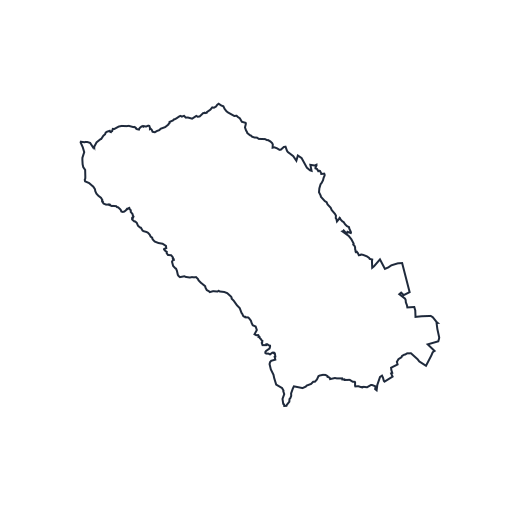 the district of Ighiu, Alba, Romania, rotated 14°
{"feature_id": "2599482B12358370683897", "entity_name": "Ighiu", "entity_type": "district", "adm_level": 2, "iso_a3": "ROU", "parent_name": "Romania", "parent_adm1": "Alba", "projection": "orthographic", "projection_center": [23.47, 46.158], "detail": "fine", "context": "isolated", "style": "outline", "palette": "slate", "viewbox_px": 512, "rotation_deg": 14, "n_neighbors": 0, "source": "geoboundaries", "source_scale": "gbopen_adm2", "svg_char_len": 6112}
<svg xmlns="http://www.w3.org/2000/svg" viewBox="0 0 512 512"><g transform="rotate(14 256 256)"><path d="M319.7,394.7L321.8,394.0L321.9,393.0L323.6,389.3L323.1,386.7L323.7,385.6L324.0,383.2L323.3,380.8L323.8,375.7L324.3,373.3L333.1,372.9L335.9,370.7L336.5,369.5L340.4,366.8L341.9,364.2L343.6,363.7L345.0,361.1L345.7,357.4L346.7,356.6L349.7,355.1L352.2,354.6L354.4,355.2L354.7,356.0L355.9,356.0L357.3,356.6L357.7,357.5L362.1,355.3L364.0,355.2L369.2,353.9L369.6,354.9L371.6,354.3L371.9,354.9L376.9,353.5L380.2,354.6L382.3,354.2L382.7,354.6L383.5,357.9L383.9,358.5L386.8,357.6L389.5,357.8L391.1,357.3L391.2,357.6L392.1,356.9L395.5,356.5L398.8,353.3L400.0,353.1L403.6,353.6L403.8,356.3L405.5,357.1L404.9,351.7L405.6,343.4L407.2,341.6L408.6,343.3L410.3,346.3L411.1,346.8L417.7,340.0L415.5,337.2L416.5,336.5L414.9,333.9L414.1,331.7L419.6,327.0L418.3,324.6L419.2,321.6L421.6,319.1L421.9,317.6L423.8,315.8L424.6,315.5L426.2,313.9L429.9,312.9L437.8,317.1L439.9,318.8L447.5,321.4L450.2,310.1L450.7,306.9L451.3,305.8L452.2,304.9L444.0,300.2L453.5,294.7L453.6,292.2L453.5,290.8L449.6,282.9L447.4,277.3L448.4,277.0L447.4,276.5L442.3,272.6L440.0,271.9L431.3,274.4L425.5,276.5L423.7,270.3L421.9,267.2L415.3,269.3L414.4,267.3L412.6,264.7L411.8,262.4L410.9,261.3L404.3,258.4L405.7,256.4L408.8,258.2L413.8,253.9L399.5,227.5L395.4,228.8L389.6,232.3L387.1,235.1L384.2,237.3L377.1,229.3L373.0,237.4L371.6,239.3L369.8,233.1L369.6,231.3L367.0,231.3L366.3,230.5L363.6,229.5L359.5,229.0L357.6,229.1L357.2,229.7L355.6,230.4L354.3,228.7L352.8,227.5L352.1,228.2L351.9,228.1L351.3,227.1L351.1,226.2L350.6,225.6L350.0,223.5L349.0,222.2L347.6,221.4L347.7,220.3L344.5,216.7L341.1,214.1L333.9,211.2L334.6,210.7L334.9,210.0L337.2,211.5L339.1,211.2L339.1,210.4L342.4,210.8L342.5,210.4L342.2,209.7L339.8,206.7L339.3,205.5L337.0,205.0L334.8,203.7L332.7,201.8L331.6,201.6L329.2,200.1L328.3,198.9L327.9,198.7L327.5,200.2L326.2,202.9L325.1,200.7L324.2,199.9L323.8,197.5L322.4,196.0L318.3,193.1L316.8,191.1L312.9,188.6L311.5,186.7L309.5,186.1L304.6,182.8L304.2,181.8L301.7,178.9L301.1,175.0L301.3,170.7L302.0,169.2L302.7,166.3L302.7,163.7L303.1,161.3L302.9,160.5L302.3,159.6L299.5,160.6L299.2,159.9L297.5,158.0L296.5,158.0L295.9,158.6L294.1,156.8L292.5,156.6L292.3,155.9L292.8,153.5L292.6,152.8L291.1,154.0L286.7,154.4L289.3,159.9L287.7,159.8L284.0,158.0L276.5,149.9L272.3,148.4L272.1,153.8L268.0,150.1L261.7,147.4L260.6,146.4L258.2,142.8L256.6,143.5L254.4,146.8L253.1,147.3L250.2,146.4L247.5,146.1L245.9,146.9L245.3,143.7L244.4,142.6L242.0,141.2L241.3,141.3L240.1,140.6L238.7,140.9L236.4,140.4L230.4,141.7L228.2,140.9L226.0,141.4L223.3,141.2L222.1,140.4L221.0,140.3L217.8,138.8L216.9,137.4L216.1,136.8L214.2,133.9L214.2,130.6L214.0,129.6L213.6,129.3L209.8,129.2L207.0,126.3L204.7,125.5L203.2,124.6L201.1,125.4L194.1,123.5L192.3,122.7L189.9,120.8L188.1,118.6L186.0,118.4L182.9,117.3L181.8,118.7L181.0,120.7L179.3,122.3L177.6,122.4L176.3,125.1L173.5,128.3L173.6,128.8L172.6,129.5L171.5,129.4L171.3,129.8L170.2,130.1L167.6,134.2L165.8,135.0L164.2,134.5L160.8,138.2L156.5,138.1L154.3,138.7L152.3,137.4L150.3,138.7L149.0,138.3L148.0,138.9L145.4,141.8L143.8,143.2L143.3,143.3L142.6,144.6L139.7,146.8L140.0,147.7L139.3,148.7L139.3,149.5L136.7,152.9L132.7,155.6L131.7,157.3L129.7,158.6L127.9,160.4L125.6,160.5L124.3,158.8L123.0,158.0L122.4,158.5L122.1,157.3L121.0,155.6L119.9,155.6L118.0,157.0L116.1,157.1L115.7,157.6L115.3,157.2L114.9,157.2L114.7,157.7L113.7,157.9L112.4,159.6L111.8,161.0L111.9,161.6L111.5,161.7L109.7,161.7L108.6,161.3L108.6,160.9L107.7,160.4L106.6,160.2L105.9,160.6L101.1,160.5L99.0,161.3L94.2,162.3L91.5,163.6L87.7,167.1L86.3,167.3L86.2,169.6L85.2,170.5L85.2,170.9L84.6,170.9L83.8,169.9L81.3,171.5L80.3,172.6L80.1,174.4L78.8,176.2L77.5,179.9L76.9,180.2L73.8,184.3L72.6,189.1L72.7,189.5L72.3,189.1L71.6,189.5L71.6,190.0L67.7,186.4L64.9,186.2L62.9,186.6L62.2,187.1L58.4,187.5L58.4,188.3L61.6,192.4L64.2,196.8L63.8,202.7L64.3,204.8L65.6,209.0L66.9,211.6L69.4,213.8L71.3,220.7L71.6,222.3L71.4,223.5L72.1,224.9L76.4,225.6L81.5,228.2L83.6,230.2L84.4,232.0L86.1,234.1L88.5,235.7L91.5,237.0L93.3,238.8L93.1,239.0L93.5,240.3L94.2,240.5L94.1,240.8L95.4,242.0L98.0,242.4L100.2,241.9L101.1,242.0L101.0,241.5L101.7,241.4L102.7,242.2L104.1,242.4L105.0,242.0L108.3,241.5L109.3,242.2L110.4,242.1L112.6,243.3L113.6,244.0L114.6,245.4L116.0,245.5L117.4,244.8L118.6,243.3L119.4,241.5L120.0,241.6L120.4,240.7L121.4,240.0L122.1,241.1L123.4,241.9L123.8,243.5L126.1,245.2L126.7,246.5L127.6,247.4L127.4,248.5L127.0,248.3L126.6,248.7L126.8,250.2L127.4,250.8L129.6,251.9L130.3,251.7L132.2,252.6L134.2,255.2L136.6,256.4L137.5,256.4L139.7,258.7L140.7,259.1L144.0,259.2L145.6,259.6L147.7,261.0L149.1,262.7L150.8,263.3L151.3,264.4L152.6,265.5L154.3,266.5L158.2,267.0L162.4,266.7L166.2,268.0L167.0,270.1L165.2,271.3L165.2,271.9L166.8,273.0L168.4,273.5L168.6,274.8L170.3,276.3L173.5,275.8L175.5,277.3L175.9,277.9L175.9,278.5L176.8,278.8L177.2,279.6L176.4,279.9L175.9,281.9L178.0,285.7L180.8,287.5L181.5,287.6L182.9,289.6L184.7,293.2L185.8,294.2L187.3,294.9L191.4,293.0L192.8,293.3L197.0,292.9L198.9,292.0L201.0,291.7L203.0,291.0L205.4,292.5L206.1,293.5L209.0,295.3L214.0,297.6L214.6,298.9L216.5,301.0L218.9,301.6L219.9,302.2L222.9,300.5L227.2,299.8L228.2,298.8L229.3,299.2L233.9,298.6L237.1,299.0L241.7,301.5L242.3,302.1L242.7,303.3L245.1,304.7L249.4,308.4L252.8,310.5L255.7,314.7L256.7,315.5L258.1,317.3L259.4,317.8L260.3,317.6L260.6,318.1L263.1,317.5L264.2,318.0L266.7,320.0L268.0,322.1L269.6,324.0L272.7,324.5L274.7,327.6L273.5,332.3L275.4,332.8L277.3,332.2L277.8,332.6L278.0,333.9L279.0,333.7L279.5,334.7L280.9,335.5L282.1,336.7L282.7,336.8L282.9,338.3L282.6,338.9L283.9,340.9L287.5,340.0L287.4,339.1L288.4,338.9L290.0,339.6L291.3,339.6L291.6,340.6L291.5,342.5L288.8,345.6L288.3,346.8L288.5,347.8L289.5,348.2L291.7,347.7L293.4,348.1L295.2,345.9L295.9,345.5L296.6,346.0L297.8,345.0L297.6,345.4L299.1,348.9L298.5,349.3L299.8,351.9L296.1,354.0L295.3,355.6L295.3,357.6L297.8,362.4L301.7,367.0L303.1,369.9L306.7,375.9L313.2,377.8L315.2,379.9L315.2,380.6L316.8,383.2L316.3,388.3L318.2,392.9L319.1,393.2L319.7,394.7Z" fill="none" stroke="#1e293b" stroke-width="2"/></g></svg>